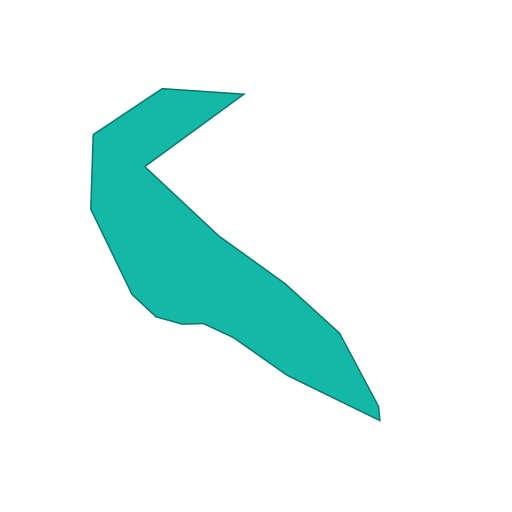 an SVG outline of Zavrc, rotated 312°
{"feature_id": "SVN-1050", "entity_name": "Zavrc", "entity_type": "Municipality", "adm_level": 1, "iso_a3": "SVN", "parent_name": "Slovenia", "parent_adm1": "", "projection": "orthographic", "projection_center": [16.053, 46.352], "detail": "fine", "context": "isolated", "style": "filled", "palette": "teal", "viewbox_px": 512, "rotation_deg": 312, "n_neighbors": 0, "source": "natural_earth", "source_scale": "10m", "svg_char_len": 385}
<svg xmlns="http://www.w3.org/2000/svg" viewBox="0 0 512 512"><g transform="rotate(312 256 256)"><path d="M368.1,138.7L248.0,113.5L246.0,214.9L254.9,296.2L254.5,369.9L226.2,447.7L216.6,458.2L215.7,455.2L188.2,359.1L180.3,294.0L170.6,262.1L156.0,246.8L143.9,222.4L144.5,189.6L180.3,101.8L237.3,53.8L317.6,74.3L368.1,138.7Z" fill="#14b8a6" stroke="#0f766e" stroke-width="1.5"/></g></svg>